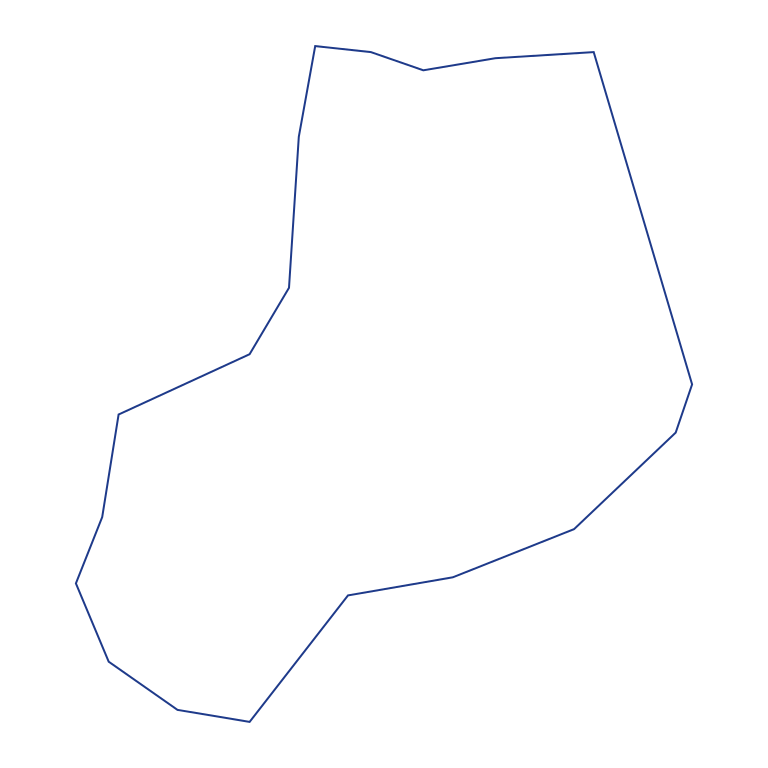 map outline of Ādaži (Mercator projection)
{"feature_id": "LVA-5754", "entity_name": "Ādaži", "entity_type": "Municipality", "adm_level": 1, "iso_a3": "LVA", "parent_name": "Latvia", "parent_adm1": "", "projection": "mercator", "projection_center": [24.362, 57.106], "detail": "fine", "context": "isolated", "style": "outline", "palette": "blue", "viewbox_px": 768, "rotation_deg": 0, "n_neighbors": 0, "source": "natural_earth", "source_scale": "10m", "svg_char_len": 360}
<svg xmlns="http://www.w3.org/2000/svg" viewBox="0 0 768 768"><path d="M315.2,46.1L370.9,52.1L423.3,70.3L495.4,58.2L593.7,52.1L692.1,384.4L675.7,432.6L574.1,529.1L452.8,577.3L348.0,595.4L249.6,721.9L177.5,709.9L108.7,661.7L75.9,583.4L102.2,517.1L118.6,414.5L249.6,354.2L289.0,287.8L298.8,136.8L315.2,46.1Z" fill="none" stroke="#1e3a8a" stroke-width="2"/></svg>